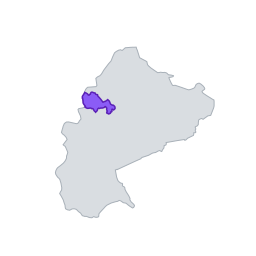 Yatenga on a map of Burkina Faso (Natural Earth projection), rotated 336°
{"feature_id": "BFA-2823", "entity_name": "Yatenga", "entity_type": "Province", "adm_level": 1, "iso_a3": "BFA", "parent_name": "Burkina Faso", "parent_adm1": "", "projection": "natural_earth1", "projection_center": [-2.299, 13.586], "detail": "fine", "context": "in_parent", "style": "filled", "palette": "violet", "viewbox_px": 256, "rotation_deg": 336, "n_neighbors": 0, "source": "natural_earth", "source_scale": "10m", "svg_char_len": 4598}
<svg xmlns="http://www.w3.org/2000/svg" viewBox="0 0 256 256"><g transform="rotate(336 128 128)"><path d="M184.2,161.4L178.3,161.6L176.2,162.4L174.9,162.4L174.9,161.8L174.7,161.4L167.3,159.4L162.1,158.1L156.9,156.8L156.6,158.0L155.8,158.9L154.7,158.9L153.9,158.7L153.4,159.7L152.5,161.0L151.3,161.6L150.1,162.4L149.5,163.1L149.0,163.1L147.8,161.5L146.2,161.3L143.2,161.6L141.8,161.2L140.0,160.9L135.7,161.3L128.8,160.6L127.6,161.0L127.3,161.3L120.5,161.3L113.0,161.4L106.7,161.5L101.1,161.6L101.1,161.3L99.4,161.2L99.2,161.8L97.6,168.4L97.4,172.0L98.2,174.2L99.2,175.6L100.2,176.2L100.3,177.0L99.5,178.1L99.6,179.1L100.6,180.2L100.8,181.4L100.3,182.6L100.4,185.5L101.1,190.1L101.2,193.1L100.5,194.4L100.8,196.7L102.2,200.0L102.4,201.4L101.9,202.1L100.8,202.9L99.6,202.9L98.3,200.9L97.7,200.0L96.6,198.0L95.7,196.0L94.5,195.1L93.3,194.3L91.8,191.7L90.4,190.5L88.9,190.8L86.7,190.3L82.2,189.7L77.5,189.9L75.5,190.5L73.5,191.4L68.6,193.5L66.6,194.5L65.1,197.1L63.4,197.0L61.8,196.2L60.7,195.0L58.5,195.3L56.3,194.1L54.2,191.9L52.6,191.2L50.6,189.5L50.1,186.5L48.8,184.3L47.7,181.3L46.0,179.9L44.0,179.2L41.3,179.4L39.5,178.2L38.1,176.4L38.4,174.9L39.1,172.7L39.2,170.6L39.6,167.3L39.3,163.0L38.9,160.1L40.4,158.8L42.1,157.7L43.2,155.7L44.3,151.2L44.8,147.4L44.5,145.9L43.9,144.8L43.5,143.1L43.2,141.0L43.5,139.3L44.8,137.6L46.5,136.2L47.7,135.6L50.8,134.9L54.7,133.8L56.9,132.7L58.5,131.5L59.5,130.6L60.4,128.7L61.9,127.2L63.1,125.7L63.2,121.6L63.2,119.3L62.4,118.0L61.9,116.9L67.7,113.7L67.7,111.4L66.9,108.8L65.8,106.8L65.4,105.0L67.0,103.0L68.4,101.4L69.4,100.1L71.7,98.0L74.1,97.5L76.2,98.3L82.5,103.0L83.6,103.3L84.9,103.0L86.5,101.7L88.7,100.7L89.5,97.6L89.4,92.9L89.9,90.7L91.0,90.3L94.7,91.2L95.6,91.3L96.7,91.0L97.4,90.2L97.4,88.7L97.2,87.3L98.4,83.0L100.6,79.7L104.9,75.6L106.3,74.8L107.8,74.4L115.6,77.2L116.9,76.5L118.8,69.6L120.9,68.9L123.5,68.8L125.1,68.2L126.0,67.7L129.7,65.1L136.2,61.5L139.7,59.9L140.4,59.3L142.9,56.8L146.2,53.9L148.4,53.3L151.3,53.1L153.2,53.6L153.7,54.4L154.3,54.8L158.1,53.6L163.6,55.5L168.4,57.5L168.1,58.7L168.1,60.9L167.7,64.3L167.2,68.5L169.2,71.1L171.5,74.0L172.2,75.1L171.6,78.0L172.0,79.6L173.3,82.4L175.4,85.9L177.6,89.5L179.1,90.0L180.5,90.3L181.4,90.9L182.6,91.6L183.9,92.0L185.0,92.8L185.7,93.5L186.6,95.8L189.1,97.3L190.8,98.7L190.1,99.4L188.0,99.1L186.0,98.5L185.7,99.6L185.7,103.7L186.0,107.1L186.5,107.5L188.5,108.2L193.3,112.6L197.7,116.8L199.1,117.9L201.6,118.3L204.2,118.4L205.4,118.1L208.0,115.9L209.4,115.7L210.7,115.8L211.4,116.1L212.6,117.8L213.8,120.4L214.2,122.3L214.1,123.4L213.7,123.8L211.5,124.3L210.6,124.6L210.4,125.2L210.7,126.5L211.1,127.3L213.5,131.1L216.9,136.1L217.9,137.4L217.4,138.9L215.6,142.9L214.4,144.5L208.7,150.1L205.9,149.4L200.1,150.6L199.2,149.3L197.8,149.1L196.1,149.3L195.5,149.8L195.3,150.4L194.7,151.2L193.6,153.4L192.8,153.9L191.8,154.3L190.5,154.2L189.7,154.5L189.7,155.6L189.5,156.6L188.7,157.1L188.3,158.1L188.4,159.2L187.9,159.7L186.8,159.4L186.1,159.1L185.5,160.5L184.7,161.4L184.2,161.4Z" fill="#d9dde1" stroke="#a8b0b8" stroke-width="1"/><path d="M98.6,81.7L99.2,80.5L102.5,78.4L102.9,77.9L104.1,79.2L104.9,80.4L105.1,81.1L105.1,81.7L105.3,81.9L105.8,82.1L106.2,82.1L106.5,81.8L106.8,81.7L107.2,81.8L107.5,81.7L107.7,81.3L108.1,80.9L108.7,80.5L109.4,80.5L110.2,80.9L111.2,82.1L111.7,82.3L112.1,82.5L112.2,83.9L112.6,84.5L113.3,84.8L113.7,85.2L113.5,86.1L113.5,87.0L114.0,88.1L114.1,88.4L114.8,90.7L115.6,94.2L116.1,94.3L116.9,94.2L117.6,94.3L118.1,94.5L119.3,94.2L120.0,94.1L121.0,93.8L121.9,95.9L121.8,98.5L121.8,99.2L122.2,99.7L122.7,100.3L122.9,100.8L123.4,100.9L124.0,101.3L124.3,102.1L124.6,102.8L124.6,103.6L124.4,104.2L124.1,104.6L124.1,104.9L123.3,105.4L122.1,105.6L121.7,104.8L121.2,104.4L120.6,104.8L120.4,105.3L120.0,106.4L119.4,106.6L119.0,106.4L118.7,106.3L118.4,106.7L118.1,107.2L117.8,107.4L116.4,107.3L116.2,107.4L115.9,106.8L115.3,106.5L114.8,106.0L114.9,105.2L115.0,105.2L115.3,105.0L115.4,104.9L115.5,104.3L115.7,104.2L115.8,104.2L116.0,104.1L116.0,103.9L116.0,103.6L115.9,103.3L115.9,103.0L116.1,102.2L116.7,101.2L116.4,100.5L116.3,100.1L116.3,99.6L116.2,99.3L115.7,99.1L114.6,99.6L114.1,99.5L113.5,99.5L112.9,99.4L110.9,98.6L109.7,98.5L109.4,98.1L109.1,97.9L108.2,98.2L107.8,98.5L107.6,98.8L107.5,99.0L107.0,99.5L106.5,99.8L105.9,100.1L105.0,100.3L104.8,100.4L104.7,99.9L104.1,98.6L104.0,97.4L104.0,96.9L103.9,96.3L103.7,96.0L103.3,95.8L102.8,95.7L102.4,95.3L102.2,94.7L101.6,94.4L99.5,93.8L98.7,93.4L97.8,92.3L97.3,91.6L97.2,91.3L97.9,90.9L97.3,88.4L97.2,87.0L97.5,86.0L97.9,85.2L98.8,81.8L98.8,81.7L98.7,81.7L98.6,81.7Z" fill="#8b5cf6" stroke="#5b21b6" stroke-width="1.5"/></g></svg>